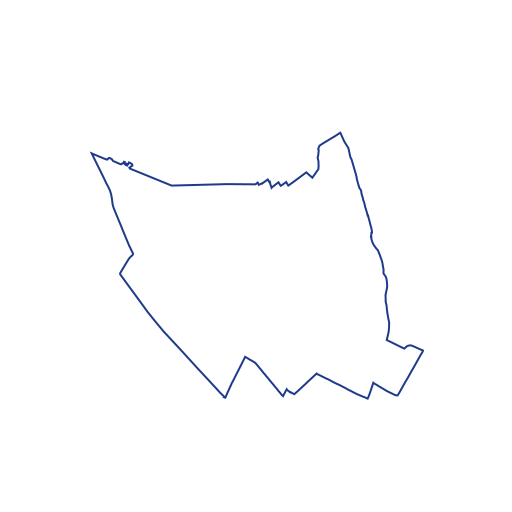 the district of Iztapalapa, Distrito Federal, Mexico, rotated 199°
{"feature_id": "50627088B81383343299942", "entity_name": "Iztapalapa", "entity_type": "district", "adm_level": 2, "iso_a3": "MEX", "parent_name": "Mexico", "parent_adm1": "Distrito Federal", "projection": "natural_earth1", "projection_center": [-99.063, 19.343], "detail": "fine", "context": "isolated", "style": "outline", "palette": "blue", "viewbox_px": 512, "rotation_deg": 199, "n_neighbors": 0, "source": "geoboundaries", "source_scale": "gbopen_adm2", "svg_char_len": 6064}
<svg xmlns="http://www.w3.org/2000/svg" viewBox="0 0 512 512"><g transform="rotate(199 256 256)"><path d="M76.6,170.6L76.1,173.1L75.6,175.4L75.5,176.3L75.0,178.9L74.6,181.3L74.0,184.4L73.6,186.5L73.0,189.4L72.5,191.9L71.9,195.4L71.7,196.7L71.4,198.2L71.1,199.6L70.5,202.7L69.4,208.8L69.1,210.5L68.4,214.5L67.8,217.4L67.3,219.9L67.3,220.4L67.4,221.0L68.7,221.1L72.8,221.4L73.5,221.5L75.0,221.6L75.7,221.7L78.1,221.9L78.5,221.9L78.9,221.9L79.8,222.0L80.4,221.9L80.8,221.8L81.7,221.4L82.0,221.3L82.5,221.0L83.1,220.5L83.3,220.4L83.7,220.0L84.1,219.5L84.4,219.0L85.1,217.7L85.3,217.4L85.7,216.7L105.0,219.1L105.8,226.7L106.1,228.5L106.5,229.9L107.5,233.6L108.6,236.8L109.5,238.2L110.1,239.2L113.2,244.8L114.6,247.7L115.4,249.3L116.7,252.2L117.1,252.8L117.4,253.2L118.1,254.3L118.3,254.5L118.5,255.0L119.3,257.3L119.4,257.5L120.6,260.7L120.8,261.1L120.8,261.4L120.9,261.6L120.9,262.0L121.1,263.5L121.4,265.5L121.5,266.5L121.6,267.4L121.7,267.7L121.7,268.2L121.9,269.0L122.0,269.7L122.3,270.7L122.6,271.4L123.4,273.1L124.0,274.6L125.6,277.5L126.1,278.1L126.8,278.8L127.5,279.4L129.0,280.4L129.5,280.8L129.8,281.2L130.0,281.5L130.2,282.2L130.6,283.6L130.8,284.3L131.0,284.7L131.6,285.8L132.4,287.2L134.5,291.1L135.3,292.2L136.3,293.6L138.5,296.2L139.2,297.2L142.1,300.5L142.4,300.9L142.8,301.2L143.2,301.4L143.9,301.8L145.4,302.7L146.2,303.3L147.6,304.3L148.7,305.2L149.4,305.8L150.4,306.9L151.3,308.1L152.7,310.1L152.9,310.6L153.0,311.2L153.2,311.7L153.7,311.7L153.9,313.7L154.4,315.2L154.1,315.4L153.9,315.8L154.0,316.1L154.1,316.3L154.5,317.1L154.9,317.9L156.0,319.9L156.6,320.7L158.0,322.8L159.9,325.7L161.8,328.5L163.3,330.8L163.6,330.6L165.5,333.5L166.7,335.2L167.3,336.0L167.5,336.3L168.6,337.7L170.5,340.8L171.1,341.6L171.6,342.4L172.7,343.6L173.1,344.2L173.3,344.8L173.9,345.5L174.3,346.3L175.1,347.3L175.5,347.8L176.1,348.7L176.6,349.3L177.2,350.9L177.6,351.4L178.2,352.3L179.1,353.1L180.0,353.6L180.3,353.9L180.9,354.6L181.9,356.1L182.5,356.9L183.1,357.7L183.6,358.4L184.6,360.0L185.2,360.8L185.7,361.6L186.2,362.4L186.6,363.4L188.4,366.1L192.5,371.9L193.3,373.1L193.9,373.9L196.1,377.0L197.4,378.8L198.1,379.4L198.9,380.1L199.1,380.4L201.9,385.0L203.3,387.3L203.9,388.2L204.9,389.0L209.3,392.6L209.7,392.9L211.4,394.7L216.1,399.7L216.5,400.0L218.3,397.6L219.4,396.2L220.5,394.8L224.1,390.6L226.3,387.9L228.1,385.8L229.4,384.2L231.8,381.1L231.9,380.8L232.0,378.6L232.0,377.3L231.2,376.5L230.9,375.5L230.0,371.7L229.9,370.8L229.8,370.5L229.8,369.3L229.4,368.5L227.8,365.9L226.0,361.1L225.3,358.5L225.9,356.3L226.6,353.9L228.2,348.4L233.5,350.5L234.3,350.9L235.6,351.5L238.7,347.0L244.8,338.1L245.4,337.2L246.1,336.4L246.6,335.6L247.5,334.3L248.4,333.1L251.6,335.8L252.0,335.1L254.5,331.6L255.5,330.4L255.7,330.5L257.6,332.1L258.7,333.0L260.3,330.7L263.3,326.1L263.5,325.6L264.1,326.5L264.5,326.9L264.9,327.3L265.2,327.7L265.5,328.2L266.3,329.3L267.0,330.6L267.2,330.8L267.6,330.3L269.8,332.2L273.3,327.2L273.6,326.7L273.8,326.9L276.5,324.2L278.3,326.0L278.4,325.9L278.8,325.3L279.4,324.2L279.8,323.7L280.1,323.5L306.9,314.5L358.7,295.1L403.8,297.6L404.5,298.4L402.3,301.2L403.0,302.4L403.2,302.5L404.2,302.8L405.0,303.0L406.6,303.1L406.7,301.4L407.1,301.3L407.3,299.6L407.9,299.7L407.7,300.4L408.8,301.0L409.0,299.8L410.7,300.5L410.9,302.2L411.5,302.1L411.4,300.5L412.1,300.5L413.4,298.8L414.7,298.7L422.1,299.3L423.8,300.6L426.1,301.0L426.8,301.0L428.2,298.6L432.3,298.7L444.7,299.5L437.2,292.0L431.1,286.0L423.4,278.3L421.2,276.0L418.7,273.7L415.5,270.5L413.1,267.2L411.0,263.5L408.2,257.8L406.1,254.9L400.4,248.4L394.1,241.3L386.5,232.6L379.4,224.6L374.6,219.8L373.5,218.7L372.9,218.0L373.0,216.9L373.2,216.2L373.7,215.7L375.2,212.4L376.5,206.7L378.6,196.7L378.8,195.9L378.7,194.8L378.4,194.4L361.3,182.5L352.6,176.5L340.1,167.7L329.7,161.2L320.3,155.5L318.7,154.5L296.7,142.8L274.0,130.4L268.0,127.2L261.0,123.5L255.3,120.4L250.2,117.7L245.9,115.3L239.2,112.1L239.3,112.0L239.0,112.0L238.7,114.4L238.5,117.3L238.4,118.1L238.1,120.9L237.9,123.5L237.8,124.5L237.6,126.0L237.5,127.4L237.5,128.1L237.2,129.3L237.1,130.3L237.0,130.6L236.9,131.2L236.6,134.0L236.5,134.6L236.3,135.7L236.2,137.0L235.9,138.7L235.8,139.6L235.3,143.0L235.2,143.7L235.0,145.4L234.8,146.8L234.3,150.5L234.0,152.8L233.7,154.8L233.6,155.3L233.6,155.8L233.5,157.1L232.1,156.9L230.3,156.5L228.5,156.1L227.6,155.9L226.7,155.8L223.1,155.0L221.9,154.8L221.2,154.3L219.3,153.2L215.4,150.8L214.4,150.2L213.4,149.6L212.4,148.9L211.4,148.3L210.7,147.8L209.8,147.4L209.0,146.9L208.0,146.3L207.0,145.6L206.1,145.1L205.2,144.6L204.1,143.9L201.9,142.5L201.0,142.0L199.0,140.8L197.8,140.1L196.7,139.4L195.8,138.8L193.4,137.4L192.3,136.7L191.8,136.4L191.4,136.1L191.1,135.9L190.4,135.5L190.3,135.4L189.5,135.0L189.2,134.8L188.8,134.6L186.7,133.2L185.7,132.7L184.8,132.3L184.6,134.0L184.2,136.0L184.1,137.1L183.8,138.9L183.6,140.0L183.0,139.5L179.9,138.4L179.5,138.3L179.5,138.6L179.0,138.5L178.8,138.5L177.5,138.2L175.9,138.0L174.8,137.8L173.7,139.8L173.3,140.5L172.5,141.9L171.8,143.2L171.2,144.3L170.7,145.3L169.8,146.9L169.0,148.5L167.5,151.1L167.4,151.5L166.3,153.5L166.2,153.9L166.0,154.3L165.6,154.9L160.4,164.6L159.7,164.2L159.0,164.2L156.9,164.0L156.2,163.9L154.8,163.7L149.5,163.0L148.9,163.0L148.6,163.0L144.9,162.5L144.1,162.3L143.3,162.2L142.2,162.0L139.3,161.6L139.2,161.6L138.4,161.5L138.0,161.4L137.4,161.4L137.0,161.4L135.7,161.3L135.6,161.2L135.1,161.2L134.4,161.1L133.2,160.9L132.4,160.8L128.2,160.2L127.8,160.1L126.9,159.9L124.5,159.5L124.2,159.4L123.6,159.4L123.1,159.4L122.3,159.3L120.8,159.0L120.1,158.9L119.6,158.8L119.4,158.8L119.0,158.7L118.4,158.7L117.9,158.6L117.3,158.5L116.6,158.4L116.2,158.4L115.6,158.3L114.7,158.2L113.2,158.2L111.7,158.0L108.3,157.8L107.4,157.8L104.0,157.5L103.8,159.9L103.7,162.9L103.7,163.3L103.7,166.3L103.8,174.3L103.6,174.2L102.5,173.9L101.7,173.8L99.9,173.4L98.6,173.1L97.7,172.9L96.8,172.7L96.2,172.6L95.7,172.5L95.2,172.4L94.9,172.3L93.5,172.0L93.1,172.0L91.5,171.6L90.0,171.3L89.2,171.1L88.8,171.0L86.4,170.7L85.9,170.6L85.2,170.5L83.9,170.4L79.4,169.8L77.6,170.0L76.7,170.3L76.6,170.6Z" fill="none" stroke="#1e3a8a" stroke-width="2"/></g></svg>